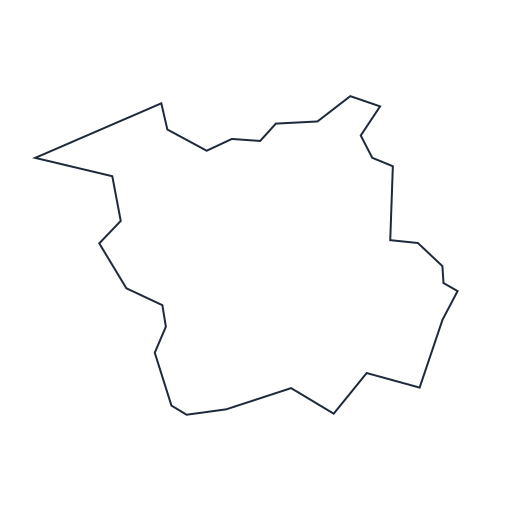 map outline of Newtownabbey (Robinson projection), rotated 343°
{"feature_id": "GBR-2097", "entity_name": "Newtownabbey", "entity_type": "District", "adm_level": 1, "iso_a3": "GBR", "parent_name": "United Kingdom", "parent_adm1": "", "projection": "robinson", "projection_center": [-5.964, 54.723], "detail": "fine", "context": "isolated", "style": "outline", "palette": "slate", "viewbox_px": 512, "rotation_deg": 343, "n_neighbors": 0, "source": "natural_earth", "source_scale": "10m", "svg_char_len": 583}
<svg xmlns="http://www.w3.org/2000/svg" viewBox="0 0 512 512"><g transform="rotate(343 256 256)"><path d="M438.5,348.5L415.8,371.4L374.0,429.7L327.6,400.3L284.2,429.5L250.9,392.6L182.6,393.9L143.2,387.5L131.4,374.3L130.9,318.9L149.1,297.3L152.1,275.7L122.6,249.0L109.8,198.1L136.9,182.9L141.9,137.7L73.5,97.6L210.1,82.3L208.2,109.1L239.6,140.9L267.1,137.0L293.6,147.2L313.7,135.2L354.1,145.3L392.9,130.7L418.4,149.2L391.4,171.4L395.9,196.1L413.1,210.2L389.0,280.1L414.6,290.9L431.3,320.2L427.4,336.7L437.2,347.1L438.5,348.5Z" fill="none" stroke="#1e293b" stroke-width="2"/></g></svg>